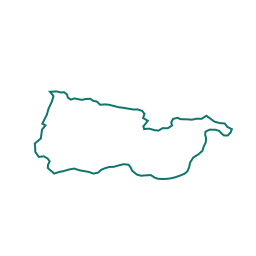 Wenceslau Braz, Minas Gerais, Brazil (Equal Earth projection), rotated 66°
{"feature_id": "56859067B98863111955151", "entity_name": "Wenceslau Braz", "entity_type": "district", "adm_level": 2, "iso_a3": "BRA", "parent_name": "Brazil", "parent_adm1": "Minas Gerais", "projection": "equal_earth", "projection_center": [-45.398, -22.544], "detail": "fine", "context": "isolated", "style": "outline", "palette": "teal", "viewbox_px": 256, "rotation_deg": 66, "n_neighbors": 0, "source": "geoboundaries", "source_scale": "gbopen_adm2", "svg_char_len": 1566}
<svg xmlns="http://www.w3.org/2000/svg" viewBox="0 0 256 256"><g transform="rotate(66 128 128)"><path d="M171.3,33.6L167.4,36.8L163.2,37.8L160.9,42.1L157.3,46.5L153.0,48.9L148.7,51.4L149.5,57.1L147.4,61.6L146.4,66.3L144.6,69.5L142.9,73.1L141.2,76.6L138.9,78.5L138.0,83.2L140.6,86.3L143.6,86.7L144.4,91.7L142.2,96.5L142.8,101.2L140.6,104.9L137.2,108.9L135.5,113.7L132.7,113.3L131.3,110.3L129.4,107.0L125.0,110.2L121.9,107.2L118.1,108.1L114.8,111.9L113.4,115.4L110.9,119.2L107.6,124.1L105.3,128.0L102.1,132.0L98.9,136.1L97.0,139.6L95.4,144.0L91.2,145.7L88.9,148.8L85.9,150.7L84.3,155.0L83.6,158.5L81.5,161.7L79.2,164.9L78.8,168.7L75.8,170.6L72.5,170.1L69.3,171.8L68.2,175.0L65.5,178.4L63.2,184.5L68.5,183.1L72.7,186.6L78.0,192.7L82.9,196.8L89.2,204.5L92.0,202.3L94.5,207.2L102.1,211.9L104.3,219.5L108.6,220.9L111.9,222.4L118.1,221.3L119.6,216.5L123.1,213.9L126.5,213.1L129.2,216.1L131.8,217.5L134.3,216.5L136.9,215.1L139.6,214.0L140.2,208.5L141.2,204.3L141.9,198.9L143.2,193.6L146.9,189.5L149.6,185.5L152.3,181.5L155.6,178.1L156.6,173.7L155.3,169.3L155.4,165.0L156.0,160.9L157.7,156.7L158.5,151.0L159.3,146.7L161.8,142.4L165.3,141.6L168.7,141.6L171.7,140.1L174.3,138.7L176.9,135.5L178.4,131.2L180.3,126.3L184.2,123.8L186.6,121.2L188.4,117.7L189.9,114.1L191.3,109.8L192.1,105.8L192.6,100.5L192.8,95.1L191.8,91.5L188.8,88.2L184.7,85.2L181.5,80.3L180.7,74.3L179.1,69.3L175.7,66.3L172.7,62.8L169.0,60.8L165.6,60.3L162.9,58.7L162.7,54.2L165.1,48.9L167.7,45.9L170.8,44.8L173.7,43.5L175.4,40.0L173.8,36.0L171.3,33.6Z" fill="none" stroke="#0f766e" stroke-width="2"/></g></svg>